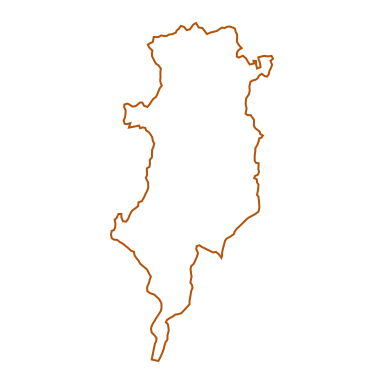 Uruana, Goiás, Brazil
{"feature_id": "56859067B12485635102711", "entity_name": "Uruana", "entity_type": "district", "adm_level": 2, "iso_a3": "BRA", "parent_name": "Brazil", "parent_adm1": "Goiás", "projection": "mercator", "projection_center": [-49.648, -15.615], "detail": "fine", "context": "isolated", "style": "outline", "palette": "amber", "viewbox_px": 384, "rotation_deg": 0, "n_neighbors": 0, "source": "geoboundaries", "source_scale": "gbopen_adm2", "svg_char_len": 3813}
<svg xmlns="http://www.w3.org/2000/svg" viewBox="0 0 384 384"><path d="M123.6,120.5L124.8,123.9L127.0,124.1L130.3,123.2L128.9,127.6L133.3,126.8L135.6,126.3L139.1,125.6L140.1,128.2L142.8,127.4L145.1,127.9L146.2,130.5L148.8,132.1L150.6,134.5L152.2,137.3L152.9,141.2L154.3,143.5L153.4,146.9L152.1,149.9L151.9,157.4L149.8,159.9L150.0,163.4L149.5,166.8L146.9,168.3L146.9,171.4L147.1,175.0L145.8,177.9L146.9,180.1L148.1,182.4L148.3,187.8L147.1,191.0L145.6,193.7L144.4,196.6L141.9,201.1L138.5,202.3L138.1,206.2L135.1,208.5L132.1,210.7L130.8,212.9L129.3,215.9L128.2,218.8L126.2,221.6L123.0,221.3L121.4,217.3L121.3,213.9L118.4,214.1L116.6,218.0L114.6,219.7L115.4,223.4L115.3,226.9L114.1,230.0L111.8,230.8L111.0,234.5L111.7,238.1L113.6,239.5L117.3,240.0L119.2,241.6L121.2,242.8L123.3,244.1L125.6,246.0L128.6,248.4L130.8,250.6L134.0,251.8L134.5,255.2L136.2,257.8L138.6,260.8L140.2,263.8L144.1,267.0L146.9,269.4L149.6,274.6L150.9,276.6L149.8,279.5L148.8,283.3L147.7,285.5L147.1,287.9L147.3,291.1L149.9,293.1L154.4,294.7L157.2,297.4L159.2,299.2L161.4,303.3L161.5,308.2L160.7,311.2L158.3,314.9L156.1,318.3L154.6,320.9L153.2,323.0L151.6,326.2L151.0,329.0L151.7,332.5L154.5,335.3L156.6,338.2L156.1,341.4L154.9,343.7L151.7,359.5L158.3,361.0L159.9,358.1L161.1,355.6L162.2,353.1L163.9,348.5L164.3,346.2L165.4,342.6L167.5,339.4L167.4,335.6L168.7,330.9L168.4,327.0L167.7,323.9L165.8,322.2L167.0,319.9L170.4,317.7L173.2,316.3L175.1,314.6L177.6,314.3L181.3,313.2L184.6,309.7L187.1,307.0L189.6,304.2L189.5,301.2L190.1,297.9L190.8,293.5L191.2,291.1L192.5,288.0L192.0,285.0L190.4,282.6L191.0,279.3L191.6,276.7L191.2,274.4L190.8,271.5L190.6,268.5L191.3,266.0L193.7,263.8L195.0,261.0L196.8,257.0L198.1,253.1L196.2,249.1L196.7,246.1L199.5,245.3L202.2,247.2L205.0,248.4L207.2,249.6L210.4,251.1L213.1,252.5L215.9,251.9L218.9,254.3L221.4,257.8L222.1,255.5L222.1,253.0L222.7,249.6L223.8,245.6L225.0,240.8L226.5,238.7L230.1,236.7L233.7,234.3L234.5,232.0L236.3,229.2L239.2,226.5L240.9,224.9L242.9,222.9L245.6,220.2L247.5,218.4L250.2,216.8L255.0,214.2L258.2,211.9L259.0,209.8L259.4,207.3L259.0,201.4L258.5,196.8L257.0,194.9L257.7,191.7L258.2,188.6L258.5,184.6L257.0,182.3L256.8,179.4L254.2,178.1L255.0,176.0L257.9,174.7L259.0,171.8L258.3,168.8L258.6,166.4L258.6,163.2L256.1,162.9L254.7,160.8L254.7,155.6L255.3,151.2L255.4,148.1L257.5,144.6L258.5,141.8L259.2,138.4L261.6,137.6L262.9,135.5L260.2,134.0L259.6,131.4L257.6,130.0L255.3,128.2L253.9,125.9L254.0,119.8L251.9,117.0L250.7,115.1L247.7,115.1L245.6,113.8L246.0,111.5L246.6,108.5L245.7,104.7L245.8,102.2L246.1,98.4L248.9,94.3L249.7,90.9L249.4,86.3L250.5,81.7L253.0,80.4L255.6,79.7L257.7,78.3L259.0,75.7L261.8,73.8L264.6,76.1L267.2,76.6L268.7,74.3L269.4,71.1L270.8,68.3L272.1,64.8L270.5,60.8L273.0,58.8L271.5,55.9L268.3,56.4L264.0,55.9L258.3,57.3L258.8,60.2L259.9,62.6L260.6,67.1L257.1,68.5L256.1,64.7L256.0,61.1L253.5,60.8L254.0,63.5L249.7,64.5L245.9,58.3L242.8,55.7L238.9,57.6L236.8,56.6L236.9,52.6L238.6,50.0L241.7,48.1L239.8,46.3L238.0,43.7L236.9,41.6L237.1,38.6L237.1,34.5L235.8,32.1L234.9,28.5L232.4,27.4L229.5,26.5L227.2,26.8L224.7,28.0L221.9,27.6L219.0,29.5L216.8,31.0L210.6,32.5L207.0,34.1L205.4,32.0L202.3,28.0L198.7,27.5L196.0,23.0L193.2,24.8L191.6,26.9L190.0,29.3L186.7,30.1L184.0,26.9L180.9,25.9L178.8,28.8L176.8,30.4L175.8,32.6L172.5,34.1L168.9,34.6L166.8,35.9L164.3,36.1L161.2,35.4L158.4,37.1L153.7,37.0L152.9,41.9L150.0,43.3L147.8,44.6L149.4,47.7L152.4,50.6L151.9,53.3L152.1,56.3L153.9,59.9L155.9,63.6L158.5,65.4L160.8,68.5L160.4,72.1L160.5,77.5L160.2,80.1L160.6,82.9L161.8,85.5L159.6,88.5L158.1,92.3L156.1,96.9L153.2,99.0L151.7,101.0L150.0,103.8L147.4,107.0L144.0,105.7L142.3,102.5L140.1,102.5L138.1,104.2L135.6,106.1L132.5,106.6L129.2,104.4L127.0,103.6L124.4,104.6L124.1,107.0L125.6,110.1L125.6,112.5L125.1,117.1L123.6,120.5Z" fill="none" stroke="#b45309" stroke-width="2"/></svg>